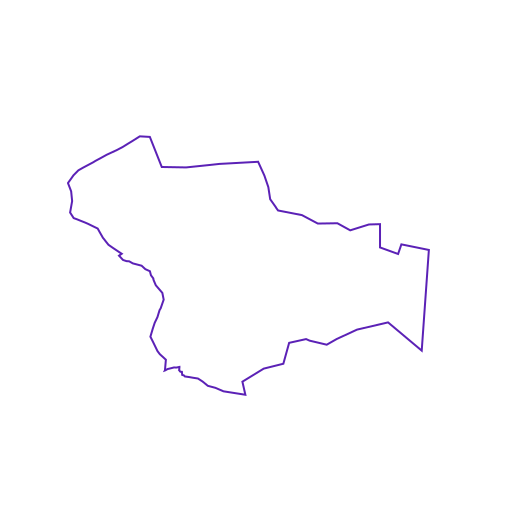 outline of Nafada, Gombe, Nigeria, rotated 143°
{"feature_id": "59680162B63392407575553", "entity_name": "Nafada", "entity_type": "district", "adm_level": 2, "iso_a3": "NGA", "parent_name": "Nigeria", "parent_adm1": "Gombe", "projection": "mercator", "projection_center": [11.284, 11.038], "detail": "fine", "context": "isolated", "style": "outline", "palette": "violet", "viewbox_px": 512, "rotation_deg": 143, "n_neighbors": 0, "source": "geoboundaries", "source_scale": "gbopen_adm2", "svg_char_len": 1797}
<svg xmlns="http://www.w3.org/2000/svg" viewBox="0 0 512 512"><g transform="rotate(143 256 256)"><path d="M114.3,156.8L132.9,177.8L141.3,172.1L151.8,188.2L137.8,206.8L146.8,213.2L165.3,219.8L171.3,233.2L178.6,238.5L187.1,244.7L194.7,261.0L211.0,279.1L210.9,282.7L210.8,282.8L210.5,292.8L204.7,303.6L200.9,315.2L197.6,330.0L197.8,330.1L224.8,348.2L229.7,351.5L237.6,356.2L258.5,368.8L277.7,383.8L269.1,415.0L276.8,421.5L286.4,422.3L291.3,422.8L296.9,423.3L304.2,424.5L304.5,424.6L314.3,426.7L320.6,427.6L327.1,428.6L329.5,428.8L340.8,430.6L346.2,431.3L346.4,431.3L353.2,430.3L356.9,429.1L362.1,427.5L362.3,427.3L364.7,418.9L369.8,410.5L378.3,402.6L378.8,396.0L377.9,394.6L377.1,393.4L374.7,389.4L372.5,385.8L370.9,383.0L367.7,376.7L365.9,373.2L366.4,369.6L367.3,362.7L367.2,360.5L367.2,360.2L367.2,358.0L367.1,354.5L367.1,353.8L367.0,353.5L365.5,348.9L363.0,341.7L361.9,338.6L365.2,338.7L364.6,332.9L362.5,329.8L360.5,328.1L358.8,324.2L353.2,317.1L352.3,312.1L349.9,307.7L351.5,303.8L351.5,300.9L351.5,299.9L352.1,298.9L352.5,297.5L353.6,293.1L353.6,292.3L353.0,282.9L354.3,280.2L356.0,276.7L363.6,271.6L365.6,270.8L371.5,266.5L377.1,263.6L382.3,260.0L388.9,255.1L390.0,249.1L391.9,239.4L391.9,235.5L390.4,227.4L397.5,219.5L397.7,219.4L397.4,219.3L394.6,218.9L392.1,217.8L388.7,216.4L386.5,214.7L383.9,213.5L384.1,213.2L384.9,212.5L385.2,211.9L385.7,211.4L386.1,211.2L386.0,210.5L386.2,209.8L386.1,209.4L385.9,208.9L384.9,208.1L386.3,205.8L386.5,205.3L386.1,204.9L385.5,204.2L385.3,202.6L382.1,199.4L379.6,196.7L376.1,193.1L374.2,187.9L372.6,181.3L367.8,175.2L363.4,167.5L348.0,151.6L342.5,163.8L341.4,163.7L317.6,161.4L299.0,153.5L281.8,166.7L266.0,159.5L264.1,156.1L252.9,142.6L241.3,141.1L219.6,136.4L190.5,123.5L180.6,80.7L114.3,156.8Z" fill="none" stroke="#5b21b6" stroke-width="2"/></g></svg>